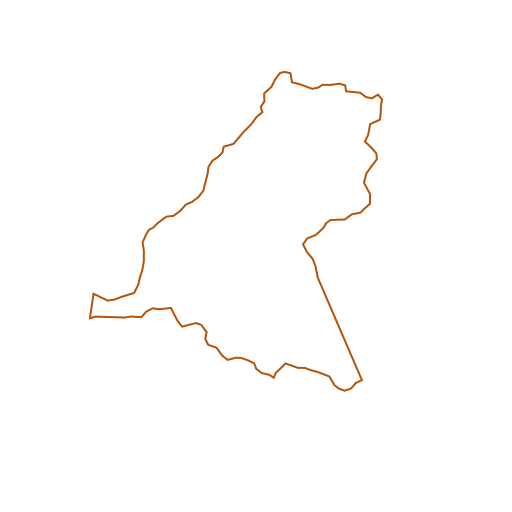 Iguaraçu, Paraná, Brazil, rotated 157°
{"feature_id": "56859067B69618281241439", "entity_name": "Iguaraçu", "entity_type": "district", "adm_level": 2, "iso_a3": "BRA", "parent_name": "Brazil", "parent_adm1": "Paraná", "projection": "albers", "projection_center": [-51.847, -23.218], "detail": "fine", "context": "isolated", "style": "outline", "palette": "amber", "viewbox_px": 512, "rotation_deg": 157, "n_neighbors": 0, "source": "geoboundaries", "source_scale": "gbopen_adm2", "svg_char_len": 1702}
<svg xmlns="http://www.w3.org/2000/svg" viewBox="0 0 512 512"><g transform="rotate(157 256 256)"><path d="M84.8,340.0L82.0,346.0L78.8,350.9L80.7,356.9L87.8,355.8L92.8,359.5L96.2,365.5L101.0,368.2L108.7,372.4L107.2,378.3L112.1,382.1L120.7,384.4L127.9,387.6L132.9,386.7L138.9,387.9L148.6,397.0L155.0,401.9L152.8,410.7L157.6,414.2L162.3,415.1L169.4,411.1L175.6,405.7L185.0,402.4L187.9,395.0L193.4,391.3L193.9,385.9L201.1,383.8L208.7,379.2L218.4,375.3L224.7,372.1L232.9,368.0L243.0,369.3L246.4,364.4L251.8,362.1L259.0,360.7L265.0,356.5L268.2,350.9L274.3,342.9L278.8,336.8L286.1,332.7L293.8,330.8L300.6,330.7L307.9,327.2L316.4,325.2L323.0,327.2L333.3,324.8L339.6,322.3L344.4,321.9L348.6,318.8L355.1,312.8L357.0,305.1L361.4,294.8L366.3,287.2L371.0,282.1L375.4,275.8L382.6,269.6L395.2,270.9L403.4,271.2L409.9,272.9L420.3,284.7L433.2,263.6L427.4,262.9L400.7,250.6L394.6,249.1L385.5,244.5L378.6,247.7L371.5,248.2L366.2,244.9L354.6,241.4L353.6,227.1L351.7,219.9L337.6,217.8L333.3,213.9L331.2,205.3L335.1,199.5L334.7,192.9L328.1,186.9L326.0,177.4L322.6,171.4L314.2,170.2L309.3,167.8L304.1,163.1L299.6,157.9L299.9,152.2L296.5,146.0L290.1,141.3L287.2,137.0L283.5,140.7L276.9,143.1L270.8,145.6L261.2,136.7L254.6,133.8L250.0,129.3L245.0,125.5L235.5,116.4L234.2,106.3L231.6,101.7L227.1,97.4L220.2,96.9L213.9,100.1L207.0,100.3L207.6,211.9L205.2,223.6L205.0,231.3L207.7,240.2L208.1,248.5L201.8,252.2L192.6,252.0L183.3,255.4L178.3,258.9L173.4,260.0L166.7,257.5L160.2,254.9L151.5,256.9L142.6,255.1L138.1,257.1L130.7,259.5L126.8,268.1L128.0,281.3L122.0,289.0L113.5,294.1L107.0,297.8L105.1,303.3L107.2,310.0L111.0,318.8L105.4,323.7L99.4,332.8L88.5,333.1L84.8,340.0Z" fill="none" stroke="#b45309" stroke-width="2"/></g></svg>